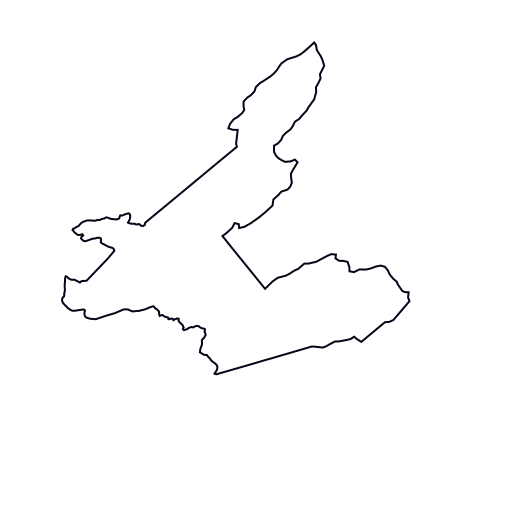 outline of Boa Vista do Ramos, Amazonas, Brazil, rotated 231°
{"feature_id": "56859067B11380578254177", "entity_name": "Boa Vista do Ramos", "entity_type": "district", "adm_level": 2, "iso_a3": "BRA", "parent_name": "Brazil", "parent_adm1": "Amazonas", "projection": "equal_earth", "projection_center": [-57.61, -3.16], "detail": "fine", "context": "isolated", "style": "outline", "palette": "ink", "viewbox_px": 512, "rotation_deg": 231, "n_neighbors": 0, "source": "geoboundaries", "source_scale": "gbopen_adm2", "svg_char_len": 4658}
<svg xmlns="http://www.w3.org/2000/svg" viewBox="0 0 512 512"><g transform="rotate(231 256 256)"><path d="M338.7,76.6L336.5,76.8L333.8,77.1L331.0,77.9L329.1,78.8L327.8,80.2L326.7,82.2L325.5,84.1L324.3,86.2L323.5,87.5L322.5,88.7L321.2,88.8L320.2,87.4L318.9,86.1L317.0,85.3L315.5,85.2L313.7,86.2L312.2,87.2L310.7,88.5L309.5,89.9L307.7,91.7L306.8,94.2L305.5,97.7L304.0,101.7L300.3,110.6L298.4,117.4L298.0,119.0L297.2,120.3L296.1,121.7L295.2,122.7L290.7,125.1L289.9,126.2L288.9,127.8L287.6,129.7L286.8,130.8L286.3,132.1L285.5,133.8L284.6,135.6L284.0,137.3L283.2,140.3L282.2,143.2L281.4,144.7L280.1,144.9L278.6,144.7L277.3,145.4L275.7,145.4L274.5,145.8L273.2,145.3L271.6,143.9L269.9,143.5L269.7,145.2L268.7,146.3L266.9,146.7L265.2,147.6L264.1,148.6L263.0,149.0L262.0,148.2L261.2,149.1L260.8,150.7L259.5,151.8L258.1,151.4L258.0,152.9L257.4,154.2L257.0,155.7L255.9,156.4L254.3,155.0L252.4,154.9L250.5,155.2L248.4,155.5L247.3,155.0L246.1,154.9L245.2,153.1L243.8,153.3L243.0,155.0L242.5,156.7L242.3,158.7L241.6,160.9L240.1,162.2L239.8,164.0L239.1,165.8L237.8,167.1L236.7,167.5L234.9,167.9L233.5,168.8L231.7,170.3L230.3,169.5L229.5,168.3L227.9,168.0L226.3,167.2L225.8,166.0L225.1,164.0L224.8,161.2L223.9,160.3L222.5,159.4L221.0,158.0L219.7,155.7L218.5,153.9L217.5,152.9L216.4,151.8L214.7,152.4L212.9,153.1L211.6,153.6L210.1,155.5L208.2,155.4L206.3,155.5L204.8,155.7L203.3,155.4L201.8,155.7L200.6,155.9L198.8,156.5L197.6,156.7L196.1,156.8L194.8,156.6L193.3,155.5L192.2,154.1L191.5,152.3L190.7,149.7L189.1,150.6L178.9,174.7L176.8,179.6L168.7,199.1L166.4,204.4L150.5,242.5L147.7,245.5L145.2,247.9L142.8,250.3L141.7,253.6L141.0,258.1L139.9,263.5L137.6,266.4L133.7,273.6L132.0,277.0L131.5,281.5L128.4,282.0L123.0,283.8L123.2,299.3L123.4,314.6L120.9,318.1L119.8,322.4L120.5,326.1L121.2,330.1L124.3,346.8L128.1,348.1L131.8,351.8L134.1,349.1L136.8,347.7L144.5,348.3L147.7,349.2L151.5,348.4L156.7,348.2L161.9,349.4L164.3,349.4L166.4,349.4L169.9,347.1L172.4,342.5L174.0,337.6L176.2,333.0L180.5,327.9L181.8,322.0L185.3,319.0L188.3,321.4L191.4,322.6L193.8,323.5L197.3,320.7L199.8,317.7L204.1,316.3L206.8,319.0L210.1,315.6L211.3,311.2L213.6,299.2L217.2,291.8L219.7,288.8L219.4,280.8L220.5,276.7L221.1,271.0L221.9,266.9L225.4,259.2L225.8,252.9L224.8,242.4L250.8,242.4L252.3,242.4L278.5,242.4L292.6,242.5L292.4,247.3L292.9,255.2L295.0,260.1L291.6,262.6L288.3,260.5L286.0,265.4L284.8,272.3L284.1,282.4L284.2,290.9L284.8,300.6L287.9,303.9L289.0,305.1L289.3,311.5L290.1,316.2L287.8,322.1L288.3,326.2L290.4,330.0L294.5,332.4L297.9,334.8L299.8,339.3L302.6,347.2L306.4,346.9L307.7,342.5L310.9,337.8L314.4,336.2L317.9,335.0L321.4,334.7L325.5,335.5L330.4,339.4L329.7,343.6L330.4,348.6L332.4,352.5L332.9,356.7L332.7,362.6L333.9,366.5L335.9,370.8L335.3,375.6L336.2,380.1L337.1,386.8L338.5,390.2L341.1,399.7L345.5,405.9L349.4,408.8L351.5,414.1L353.3,417.8L357.0,420.1L360.9,428.7L366.8,431.1L370.5,432.1L377.5,432.8L382.3,435.4L385.3,435.6L384.8,428.6L384.6,422.7L384.7,417.4L385.8,412.7L389.2,404.2L389.7,397.3L388.7,393.2L387.4,389.7L386.6,384.6L386.5,380.1L387.4,371.2L387.9,368.1L387.4,362.3L384.9,358.4L384.2,353.0L384.6,349.0L383.9,343.6L380.3,340.6L377.0,338.9L375.8,335.4L375.6,329.2L376.3,324.8L375.0,319.0L372.7,314.9L368.8,317.3L365.5,321.1L355.8,311.2L352.9,309.9L352.6,279.4L352.3,257.0L351.6,192.0L351.5,190.5L350.2,189.4L350.4,187.0L351.7,185.8L353.2,185.5L354.4,185.3L355.2,183.7L356.1,182.5L357.3,182.2L358.3,180.8L360.0,179.1L361.3,178.1L362.5,177.5L363.3,179.3L364.0,181.2L366.0,183.2L367.6,184.2L369.2,184.0L370.1,182.3L371.0,180.1L371.3,178.6L371.8,177.2L373.0,176.1L372.2,174.6L371.3,173.4L371.6,171.8L372.6,170.1L374.6,168.2L375.8,166.9L377.1,166.0L378.8,165.1L380.3,163.9L380.7,161.6L381.8,159.4L382.5,156.9L383.8,155.5L384.5,153.5L386.1,151.5L387.6,150.0L388.8,148.6L389.7,147.5L390.4,145.8L391.3,143.4L391.6,141.4L391.4,139.4L391.0,137.0L391.6,134.4L391.7,132.5L392.2,131.0L391.6,129.7L390.0,129.9L388.6,129.8L386.8,130.2L385.1,130.6L383.9,131.3L382.8,133.2L382.2,134.7L380.7,134.6L380.7,132.6L379.9,131.1L378.8,131.1L377.4,131.3L376.0,131.6L374.7,133.0L373.0,137.8L372.4,139.8L371.2,141.4L370.1,144.0L368.9,145.7L367.3,146.5L365.8,145.5L364.2,143.9L361.8,144.6L360.7,145.2L359.6,145.6L358.1,146.3L357.0,146.7L355.5,147.5L354.0,148.6L352.4,149.6L350.8,149.9L349.2,149.1L347.3,139.4L343.4,108.7L344.6,107.1L345.7,105.5L346.3,104.2L346.2,102.4L348.0,101.8L349.2,101.1L350.8,100.5L352.3,99.6L353.1,98.2L354.4,97.2L355.8,96.5L357.4,96.2L358.8,96.0L360.0,95.4L359.0,93.8L356.5,91.6L353.6,88.8L350.1,86.3L349.2,85.4L348.3,84.4L347.3,83.1L346.2,82.3L345.3,81.2L345.4,79.6L344.4,78.1L343.3,77.2L341.0,76.4L338.7,76.6Z" fill="none" stroke="#020617" stroke-width="2"/></g></svg>